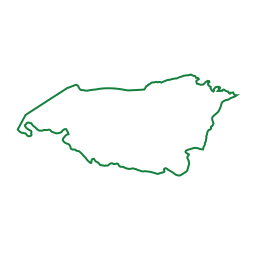 outline of Cachoeira do Piriá, Pará, Brazil, rotated 87°
{"feature_id": "56859067B84047664987434", "entity_name": "Cachoeira do Piriá", "entity_type": "district", "adm_level": 2, "iso_a3": "BRA", "parent_name": "Brazil", "parent_adm1": "Pará", "projection": "natural_earth1", "projection_center": [-46.43, -2.011], "detail": "fine", "context": "isolated", "style": "outline", "palette": "green", "viewbox_px": 256, "rotation_deg": 87, "n_neighbors": 0, "source": "geoboundaries", "source_scale": "gbopen_adm2", "svg_char_len": 4563}
<svg xmlns="http://www.w3.org/2000/svg" viewBox="0 0 256 256"><g transform="rotate(87 128 128)"><path d="M153.4,54.3L152.5,53.9L151.0,53.6L149.4,52.5L148.5,52.1L147.4,52.1L146.6,51.8L145.3,50.9L144.6,50.7L143.5,50.8L141.9,50.1L140.5,50.3L138.6,49.5L137.7,49.3L135.5,48.6L134.7,47.9L134.2,47.2L133.9,46.0L133.0,45.1L132.0,45.1L131.2,45.1L130.2,43.6L128.0,42.4L124.3,43.4L122.7,43.5L121.8,43.2L121.1,42.8L117.1,37.7L116.5,37.0L113.9,35.4L112.7,34.8L111.3,34.2L109.6,33.7L107.7,33.0L107.0,32.4L106.4,31.5L105.2,28.8L105.1,26.9L104.3,25.3L103.5,23.8L102.4,20.4L102.1,19.5L101.0,17.8L101.0,18.8L100.3,20.1L98.0,21.2L98.2,22.3L98.2,24.0L99.0,24.5L98.5,25.2L97.6,25.9L96.9,26.0L96.5,27.4L96.0,28.6L94.6,30.3L94.9,31.5L95.8,31.9L95.8,33.5L95.7,36.3L94.5,35.1L93.6,35.3L93.5,34.3L92.5,33.9L91.8,34.8L91.5,36.4L91.8,38.3L93.5,40.0L94.3,40.3L95.4,40.2L96.0,40.9L95.3,42.0L93.9,42.9L92.6,43.5L91.4,43.2L90.0,45.0L88.8,45.8L87.2,45.6L86.6,44.4L85.5,44.5L85.1,46.0L86.2,48.1L87.6,49.4L88.6,50.9L88.6,53.1L87.8,55.3L87.3,56.9L85.6,57.3L84.4,57.1L83.6,56.0L83.1,54.8L82.1,55.0L81.6,56.2L81.4,57.5L80.0,58.0L79.5,58.5L79.3,60.0L77.9,62.4L78.3,63.4L78.2,64.3L78.6,65.4L78.5,66.2L78.5,67.5L78.7,68.4L78.6,69.4L79.0,70.1L79.3,71.3L79.7,72.5L79.9,73.6L80.3,74.9L80.6,75.7L81.0,76.5L81.1,77.7L81.0,78.6L81.2,79.4L81.3,80.5L81.5,81.8L81.8,82.8L82.1,83.8L82.0,84.8L82.2,86.2L82.6,87.5L82.9,88.3L83.3,89.5L83.8,90.9L84.4,92.2L83.8,93.7L83.6,94.7L83.9,96.2L83.4,97.2L83.6,98.3L83.8,99.4L83.8,100.4L83.8,101.5L84.1,102.5L84.8,103.3L85.5,104.4L85.7,105.4L86.9,106.4L87.0,107.3L89.4,109.0L90.4,109.7L90.5,111.6L90.5,112.6L90.5,114.2L90.5,118.6L90.5,122.8L90.5,124.0L90.5,125.1L90.3,126.9L88.6,134.4L87.9,139.0L87.5,142.5L87.2,147.0L87.2,150.6L87.3,153.4L87.8,158.0L88.1,163.1L88.6,166.6L88.5,168.3L87.9,170.4L87.8,171.8L87.5,173.1L86.4,174.3L85.6,174.7L84.4,175.2L83.2,175.8L82.5,176.7L82.2,177.4L82.4,178.6L84.1,183.8L84.5,185.0L84.7,186.2L89.5,194.5L92.0,198.9L92.7,200.2L109.6,229.6L111.1,230.5L123.7,238.2L126.0,236.3L126.8,235.1L127.3,233.9L127.7,232.2L128.2,230.4L129.3,229.7L130.3,228.9L131.0,227.9L131.0,226.5L130.7,225.5L129.9,224.7L128.8,224.9L128.0,225.0L127.1,224.6L125.8,224.9L125.2,226.0L124.8,226.7L124.3,227.4L123.2,228.9L122.5,229.6L121.7,230.1L120.6,230.8L119.9,230.9L119.3,230.2L118.8,229.6L117.9,229.0L117.4,228.1L117.4,227.2L117.7,225.9L118.2,224.4L119.5,223.6L120.7,222.7L121.3,222.0L122.2,221.0L123.1,220.0L124.8,218.6L125.2,217.9L125.9,216.8L126.1,215.3L126.1,213.8L125.9,212.9L125.6,211.8L125.7,210.6L125.8,209.6L125.8,208.8L125.5,207.4L125.7,206.5L126.1,205.6L127.4,204.7L128.0,203.8L128.6,202.3L129.5,200.1L129.6,198.8L129.4,197.2L129.1,195.9L128.7,194.9L127.9,194.2L126.8,193.0L126.1,191.9L125.8,191.0L126.0,189.7L127.1,189.3L128.4,188.6L129.9,188.0L131.1,187.8L131.2,188.7L131.5,189.5L132.0,190.4L133.0,191.4L134.3,192.6L135.5,193.6L136.6,193.7L137.6,193.3L138.8,192.4L139.7,191.3L140.3,190.2L140.5,189.3L141.0,188.3L141.8,187.4L143.6,186.5L145.0,186.4L145.9,185.9L146.6,184.4L146.7,183.6L146.6,182.6L147.1,181.6L147.8,181.0L148.2,179.8L148.6,178.2L149.4,177.3L150.6,176.1L152.2,174.7L152.8,174.3L153.5,173.7L156.0,171.6L156.8,171.1L157.7,170.5L158.9,169.5L159.9,168.5L161.0,167.1L160.7,166.4L159.9,166.4L159.2,166.3L157.9,165.8L157.0,165.0L157.0,163.6L158.4,162.9L159.0,162.5L159.7,162.0L161.0,159.7L161.8,158.9L162.6,158.4L163.6,157.6L163.8,156.3L164.1,154.7L164.5,153.5L164.3,152.5L164.5,151.0L164.3,149.8L163.7,149.2L162.9,148.0L162.4,146.7L162.4,145.8L162.9,144.9L163.2,144.0L163.3,143.2L163.1,142.0L162.9,140.8L163.3,139.8L164.7,139.2L165.8,138.5L166.4,137.1L166.4,135.6L166.8,134.4L167.6,133.2L168.0,132.1L168.4,131.3L168.8,129.8L168.9,127.9L168.8,126.7L168.5,125.4L168.9,124.5L169.1,123.5L169.7,121.7L170.5,120.5L170.9,119.0L171.6,117.4L172.1,115.8L172.2,114.7L172.0,113.3L172.2,112.3L172.5,110.5L172.7,109.2L173.1,107.7L173.9,105.1L174.6,103.1L175.2,101.7L175.4,100.4L174.9,98.9L174.5,97.2L174.2,95.4L173.9,94.4L173.4,93.9L172.5,94.1L171.0,94.2L170.1,92.9L170.5,91.6L171.0,90.8L172.0,90.0L172.6,88.8L173.5,87.5L174.6,85.8L176.1,84.0L177.1,82.8L177.8,81.1L178.1,80.0L178.1,79.0L177.9,77.9L176.6,75.6L175.8,74.2L175.0,72.8L174.3,71.8L173.6,71.0L172.5,70.7L171.2,70.3L170.0,69.9L169.0,69.6L168.0,69.0L166.8,68.8L165.7,68.9L164.1,69.1L162.2,69.8L161.4,70.2L160.7,70.4L159.7,70.1L158.4,68.8L157.5,68.6L157.0,69.5L156.1,70.9L155.4,71.6L154.5,71.8L153.7,71.3L153.3,70.3L152.9,69.2L152.6,68.4L152.5,67.6L152.0,65.5L151.6,64.0L151.3,62.7L151.4,61.5L152.0,58.8L152.4,57.9L152.8,57.2L153.0,56.0L153.4,54.3Z" fill="none" stroke="#15803d" stroke-width="2"/></g></svg>